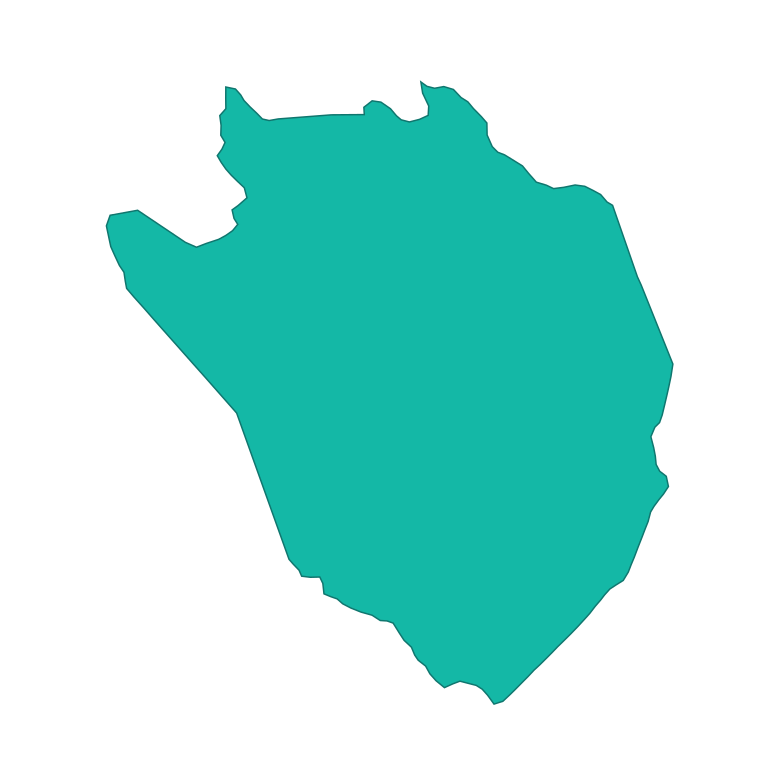 Brejões, Bahia, Brazil, rotated 187°
{"feature_id": "56859067B95003995902113", "entity_name": "Brejões", "entity_type": "district", "adm_level": 2, "iso_a3": "BRA", "parent_name": "Brazil", "parent_adm1": "Bahia", "projection": "mercator", "projection_center": [-39.848, -13.069], "detail": "fine", "context": "isolated", "style": "filled", "palette": "teal", "viewbox_px": 768, "rotation_deg": 187, "n_neighbors": 0, "source": "geoboundaries", "source_scale": "gbopen_adm2", "svg_char_len": 2217}
<svg xmlns="http://www.w3.org/2000/svg" viewBox="0 0 768 768"><g transform="rotate(187 384 384)"><path d="M456.9,198.4L452.1,194.1L445.6,188.8L442.3,183.2L433.6,183.2L424.2,184.6L420.4,178.6L418.0,168.4L410.8,166.4L404.3,165.0L398.2,160.8L389.3,157.5L379.0,154.8L367.8,153.1L358.9,148.8L352.1,149.2L345.8,147.8L338.2,138.4L332.8,132.0L324.7,126.1L320.5,118.7L316.4,114.0L308.3,109.1L303.1,101.9L296.3,95.9L287.0,90.0L279.1,94.8L272.4,98.3L264.2,97.2L255.7,96.1L249.4,93.1L243.3,87.8L235.8,79.7L227.3,83.6L220.8,91.4L216.2,97.2L210.8,104.2L205.3,111.3L200.2,118.3L194.8,124.7L189.6,131.3L184.1,138.4L179.7,144.3L174.3,151.0L168.0,159.0L161.9,167.1L156.2,175.1L151.8,181.4L147.2,189.2L142.7,195.9L139.4,201.5L134.8,208.1L129.5,212.6L122.6,218.2L118.6,227.1L116.7,234.7L114.5,242.5L112.1,252.4L109.3,263.2L107.3,271.3L105.1,279.7L103.8,289.4L101.1,295.5L97.0,302.8L93.2,308.8L89.2,316.9L92.6,326.8L99.7,331.0L104.1,337.3L105.9,345.4L108.6,353.8L112.7,364.2L109.9,374.1L105.8,379.3L104.1,387.1L102.9,397.6L101.8,407.8L101.0,415.8L100.1,426.3L99.7,439.0L140.7,513.4L145.5,521.2L178.9,589.2L184.8,591.8L192.0,598.4L199.8,601.5L208.8,604.7L218.6,604.8L229.6,601.1L239.5,598.6L247.0,601.1L257.4,602.9L266.2,610.7L273.1,617.3L281.5,621.2L292.2,626.1L299.3,627.9L305.5,632.8L312.0,643.7L313.7,655.6L319.9,661.2L328.8,668.3L335.2,674.3L342.4,677.7L351.0,684.8L360.9,686.5L369.8,683.7L377.7,684.7L384.2,688.3L381.1,677.4L373.5,665.4L372.9,656.0L381.0,651.0L390.7,647.2L399.1,648.3L404.3,651.7L411.1,658.0L421.4,663.4L430.3,663.6L437.7,656.2L436.4,649.0L469.2,644.7L521.3,634.2L530.1,631.5L537.0,632.2L543.1,637.1L550.7,642.7L557.5,648.3L561.5,653.5L567.4,658.7L577.2,659.5L575.9,648.3L574.5,638.0L579.7,630.4L577.2,620.8L576.3,611.0L571.2,604.4L573.5,597.3L577.3,590.3L572.5,584.0L567.1,578.0L560.8,572.4L554.0,567.2L546.6,561.8L542.7,552.1L550.7,543.2L556.0,538.3L553.0,530.0L548.6,524.6L553.0,517.7L559.2,512.1L565.8,507.4L577.6,501.8L586.8,496.9L598.4,500.4L649.7,526.4L676.4,518.1L678.8,507.1L674.3,493.9L671.9,487.0L666.9,478.7L661.0,469.3L655.7,463.2L653.3,454.5L651.1,447.5L642.6,439.7L630.9,429.5L619.3,419.1L575.9,380.8L563.6,370.0L526.7,337.2L456.9,198.4Z" fill="#14b8a6" stroke="#0f766e" stroke-width="1.5"/></g></svg>